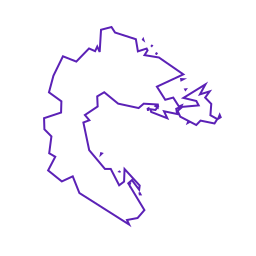 outline of Zamboanga Sibugay, Zamboanga Sibugay, Philippines, rotated 286°
{"feature_id": "2640588B82865823535715", "entity_name": "Zamboanga Sibugay", "entity_type": "district", "adm_level": 2, "iso_a3": "PHL", "parent_name": "Philippines", "parent_adm1": "Zamboanga Sibugay", "projection": "robinson", "projection_center": [122.765, 7.61], "detail": "medium", "context": "isolated", "style": "outline", "palette": "violet", "viewbox_px": 256, "rotation_deg": 286, "n_neighbors": 0, "source": "geoboundaries", "source_scale": "gbopen_adm2", "svg_char_len": 1904}
<svg xmlns="http://www.w3.org/2000/svg" viewBox="0 0 256 256"><g transform="rotate(286 128 128)"><path d="M35.5,155.7L39.3,152.4L44.1,162.0L53.6,166.4L74.9,143.5L79.0,146.1L71.8,155.7L75.9,155.1L87.6,136.0L75.4,139.0L70.5,135.3L83.9,122.7L82.3,117.1L96.0,96.8L121.0,83.6L124.8,88.7L128.6,83.0L140.3,92.9L149.9,89.7L155.8,95.3L148.7,111.8L150.1,132.7L155.7,136.4L158.8,150.2L156.8,151.1L152.9,149.4L152.2,144.2L149.8,145.9L148.2,163.1L154.0,158.0L155.0,171.4L159.8,169.1L162.0,171.8L169.7,163.1L165.4,156.0L175.7,144.4L194.8,166.4L204.3,138.3L202.6,123.8L208.0,125.4L209.5,124.0L204.4,116.4L215.5,111.1L216.2,89.2L220.5,84.3L215.0,75.0L193.3,79.8L197.8,76.0L192.8,75.2L193.7,68.6L177.6,60.0L179.0,45.7L157.7,41.9L140.5,42.2L135.3,56.6L124.4,59.4L114.3,44.6L103.7,48.0L98.8,56.7L82.0,59.2L80.3,66.0L65.2,62.9L58.4,79.1L66.3,88.2L52.1,99.2L35.5,155.7ZM191.3,190.4L172.2,173.0L172.8,186.2L169.2,189.7L163.3,174.4L158.1,171.0L153.3,175.1L149.7,192.8L155.1,195.7L156.2,209.9L161.2,211.4L163.0,203.7L174.1,201.4L178.5,193.8L185.7,196.4L180.2,187.9L191.3,190.4ZM165.9,212.5L161.7,212.1L163.9,214.1L165.9,212.5ZM156.1,150.2L157.6,149.1L156.6,148.4L156.1,150.2ZM164.5,173.3L163.7,172.3L163.5,173.1L164.5,173.3ZM189.7,165.6L188.6,166.1L190.2,167.8L189.7,165.6ZM151.9,141.6L150.1,142.5L152.4,142.1L151.9,141.6ZM69.2,156.7L67.4,157.6L67.6,158.3L69.2,156.7ZM96.3,109.1L95.1,109.2L96.3,109.9L96.3,109.1ZM150.5,184.1L149.3,184.0L150.0,184.7L150.5,184.1ZM213.8,127.4L213.4,128.2L213.7,128.3L213.8,127.4ZM208.3,135.4L206.8,134.1L206.9,134.3L207.3,134.7L207.2,134.9L208.3,135.4ZM163.3,172.2L163.0,171.7L162.6,172.3L163.3,172.2ZM162.3,211.5L161.7,211.5L161.3,211.7L162.3,211.5ZM74.4,144.7L73.8,145.1L74.7,145.2L74.4,144.7ZM216.9,118.5L217.5,118.1L217.1,118.0L216.9,118.5ZM180.6,172.7L181.1,172.9L180.9,172.4L180.6,172.7ZM84.4,132.2L83.8,131.8L83.8,132.1L84.4,132.2Z" fill="none" stroke="#5b21b6" stroke-width="2"/></g></svg>